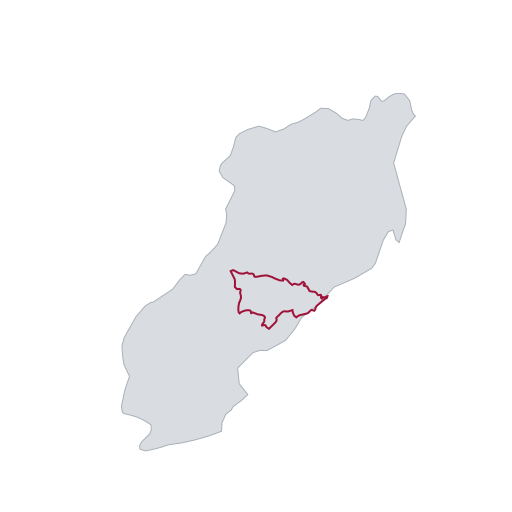 location of Tiranë within Albania, rotated 224°
{"feature_id": "ALB-1529", "entity_name": "Tiranë", "entity_type": "County", "adm_level": 1, "iso_a3": "ALB", "parent_name": "Albania", "parent_adm1": "", "projection": "albers", "projection_center": [19.744, 41.26], "detail": "fine", "context": "in_parent", "style": "outline", "palette": "rose", "viewbox_px": 512, "rotation_deg": 224, "n_neighbors": 0, "source": "natural_earth", "source_scale": "10m", "svg_char_len": 3794}
<svg xmlns="http://www.w3.org/2000/svg" viewBox="0 0 512 512"><g transform="rotate(224 256 256)"><path d="M165.6,150.6L166.0,143.3L167.8,131.7L166.8,127.8L167.8,121.2L164.6,112.4L159.1,106.0L164.4,94.8L172.2,81.2L179.3,70.4L187.9,59.2L193.7,48.5L199.9,39.2L205.1,36.4L207.8,38.3L209.2,42.4L208.9,54.4L210.7,58.5L214.3,61.6L222.1,60.1L230.6,57.1L242.2,50.7L244.1,51.1L248.4,54.4L257.4,68.8L263.4,81.6L275.1,85.9L281.7,90.8L290.1,98.3L294.2,105.9L300.2,129.1L301.0,143.1L299.4,149.6L298.0,151.2L292.9,174.2L294.3,185.8L294.3,193.5L289.9,196.5L286.9,201.4L291.9,220.4L291.4,228.5L291.7,237.8L300.6,259.0L305.8,265.5L310.4,268.6L316.6,288.1L320.1,291.5L334.4,289.4L341.5,291.5L344.3,296.1L345.0,299.3L344.2,310.2L347.9,318.6L352.8,327.2L352.9,332.5L349.8,341.3L344.1,351.5L336.5,355.4L328.2,358.8L324.2,366.8L322.3,375.1L318.6,381.4L316.3,388.2L312.8,402.1L312.1,407.2L306.4,412.3L297.5,414.5L289.5,415.0L284.1,417.4L281.4,422.1L276.4,426.0L273.3,427.7L273.4,431.9L277.1,440.7L281.4,447.9L281.5,453.6L279.5,455.2L272.9,454.6L271.6,456.7L270.9,463.1L269.2,468.6L266.5,472.0L261.8,475.6L253.3,474.5L245.2,469.0L241.0,467.3L238.6,467.5L237.9,454.1L234.4,443.6L221.6,418.5L180.4,394.1L170.8,383.1L166.6,373.8L162.4,365.1L166.5,364.9L170.5,367.1L175.6,369.8L177.7,365.4L175.5,355.9L165.0,333.6L164.3,327.4L169.5,308.8L178.2,287.9L177.7,262.6L180.4,243.5L177.5,231.0L176.1,215.8L182.4,195.6L187.8,190.6L191.1,184.2L191.3,162.6L179.4,152.5L165.6,150.6Z" fill="#d9dde1" stroke="#a8b0b8" stroke-width="1"/><path d="M176.7,276.8L175.9,275.1L176.0,274.3L176.5,273.6L177.7,262.5L177.2,260.1L176.5,259.1L176.1,258.0L176.1,257.0L178.6,255.9L178.9,254.3L178.9,252.3L179.1,250.6L183.7,243.3L184.4,240.5L184.4,239.9L187.1,239.6L190.2,240.9L192.2,242.4L194.4,238.3L197.3,235.8L198.0,234.7L198.3,233.1L198.4,231.4L198.3,229.6L198.5,227.1L198.5,226.0L198.3,225.3L197.2,224.8L196.6,224.2L196.0,222.8L195.9,221.0L196.1,212.7L199.0,212.1L201.2,212.7L201.9,212.3L202.4,211.6L202.8,210.9L203.3,210.2L203.7,210.5L204.1,211.4L204.4,213.8L204.6,214.5L205.0,215.2L205.5,215.6L205.8,215.9L206.1,216.4L206.4,217.1L206.8,218.0L207.5,218.4L208.8,218.4L209.7,218.1L210.9,217.6L214.1,215.3L218.6,213.4L219.2,213.1L219.4,212.5L219.5,211.9L219.8,211.5L220.2,211.7L221.3,212.6L222.2,212.7L223.1,212.3L225.0,210.5L225.9,209.3L227.3,206.5L227.6,205.8L227.8,204.9L227.9,203.4L229.2,203.4L230.1,204.0L231.4,205.1L233.5,207.4L235.8,210.9L236.1,211.9L236.2,212.5L236.4,212.9L237.0,213.8L237.2,214.3L237.3,214.9L237.7,215.5L239.7,217.2L241.6,218.3L242.4,219.2L243.3,220.8L244.0,221.1L244.8,221.0L245.9,219.9L246.5,219.0L249.6,219.0L253.8,223.5L255.4,224.6L263.7,227.5L263.0,229.2L262.8,229.7L262.3,230.1L256.4,231.8L255.3,232.4L252.8,234.5L251.0,238.0L249.2,238.2L248.5,238.7L246.7,240.5L246.1,240.9L245.4,241.1L244.5,241.0L243.8,240.6L243.3,240.2L242.6,240.2L241.7,240.8L240.1,242.8L238.7,245.0L235.4,248.9L234.6,249.6L229.7,252.1L227.4,252.7L222.1,254.9L219.4,257.2L219.5,257.5L219.9,257.9L220.5,258.2L220.9,258.4L220.8,258.7L220.3,259.3L218.9,259.9L216.7,260.4L213.3,260.1L209.8,260.3L209.5,261.9L209.2,262.5L208.5,263.2L205.9,264.5L205.0,265.4L204.6,266.9L204.5,268.0L204.5,269.3L204.1,269.9L203.8,270.3L201.4,269.9L201.7,268.8L201.7,268.5L201.7,268.2L201.3,267.9L201.0,267.9L200.4,268.1L198.5,269.3L197.9,269.5L197.3,269.4L197.1,269.2L196.8,269.0L195.7,269.0L195.6,268.9L195.5,268.7L195.3,268.6L194.5,268.5L193.7,268.1L193.3,268.0L192.4,268.4L191.3,269.1L189.4,270.6L188.5,271.2L187.4,271.3L185.7,271.3L185.3,271.1L184.8,270.9L184.2,271.0L183.7,271.3L183.1,272.3L182.7,272.9L182.2,273.1L181.5,272.8L180.7,271.5L180.3,271.1L179.9,271.1L179.3,271.2L179.0,271.2L179.0,271.3L179.4,272.0L179.5,272.5L179.4,272.9L178.9,273.2L178.5,273.2L178.2,273.4L178.0,273.7L176.8,276.7L176.7,276.8Z" fill="none" stroke="#9f1239" stroke-width="2"/></g></svg>